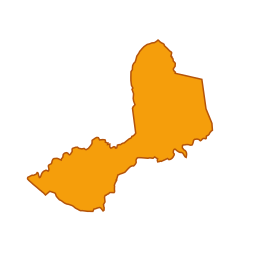 the district of La Magdalena Tlatlauquitepec, Puebla, Mexico, rotated 17°
{"feature_id": "50627088B24102510221280", "entity_name": "La Magdalena Tlatlauquitepec", "entity_type": "district", "adm_level": 2, "iso_a3": "MEX", "parent_name": "Mexico", "parent_adm1": "Puebla", "projection": "equal_earth", "projection_center": [-98.104, 18.743], "detail": "fine", "context": "isolated", "style": "filled", "palette": "amber", "viewbox_px": 256, "rotation_deg": 17, "n_neighbors": 0, "source": "geoboundaries", "source_scale": "gbopen_adm2", "svg_char_len": 4968}
<svg xmlns="http://www.w3.org/2000/svg" viewBox="0 0 256 256"><g transform="rotate(17 128 128)"><path d="M209.4,105.5L206.9,99.0L197.0,86.9L185.2,61.6L184.4,59.9L157.2,61.9L157.0,60.8L155.5,60.1L154.6,59.2L154.2,58.8L154.1,57.9L154.4,57.1L154.7,56.0L155.0,55.2L154.7,54.0L154.3,52.3L153.0,51.4L151.9,51.0L151.3,49.8L150.6,48.5L149.9,48.0L149.3,47.9L149.2,47.1L148.9,46.8L148.3,47.0L148.0,46.6L148.0,46.0L148.0,45.4L147.9,44.8L147.9,44.1L147.8,43.5L147.6,43.0L146.9,42.6L145.8,42.3L144.8,41.8L143.6,41.2L142.7,40.6L141.3,39.9L140.4,39.5L139.5,39.0L139.1,38.9L138.7,38.6L138.3,37.9L137.9,37.4L137.1,37.2L136.5,36.9L135.5,36.9L134.8,36.7L133.6,36.3L132.8,36.0L131.9,35.4L131.0,35.1L130.2,36.4L129.2,37.7L128.2,38.7L125.9,39.7L124.2,41.1L121.9,42.5L119.6,45.4L118.3,47.9L117.5,49.8L116.8,51.3L116.5,53.2L115.4,56.7L115.6,60.5L115.5,62.8L114.6,64.5L114.2,66.8L114.5,68.6L115.1,70.9L114.4,73.3L115.8,78.3L116.9,81.8L118.8,86.1L121.0,88.4L120.5,89.8L123.2,93.4L123.6,94.8L124.3,98.2L125.4,100.4L127.9,103.7L127.0,105.6L126.6,106.6L126.8,106.8L126.7,107.3L126.5,107.8L136.9,130.7L136.6,131.5L136.3,132.4L135.9,133.1L135.5,133.6L135.0,134.3L134.1,134.9L134.1,136.0L133.5,137.1L133.0,137.4L132.1,138.3L131.1,139.8L130.2,141.1L128.8,143.3L127.3,144.2L126.5,145.0L125.7,146.1L124.3,146.5L123.7,147.0L122.9,147.4L123.0,150.3L122.2,150.9L121.7,150.8L121.5,150.4L121.3,150.0L120.8,150.0L120.3,149.9L119.9,150.0L119.5,150.4L119.0,150.9L118.2,151.8L117.5,152.3L116.1,151.4L115.3,148.7L113.3,149.8L113.2,148.2L112.6,148.4L111.8,148.2L110.6,148.3L110.4,147.5L109.9,146.4L109.6,146.1L108.4,146.2L106.9,146.6L104.3,147.7L102.5,145.9L101.0,146.1L99.8,147.1L97.3,150.3L97.7,151.8L98.1,153.5L97.8,154.6L97.1,156.7L96.1,159.1L94.4,160.9L93.5,161.0L92.0,160.4L90.1,161.4L89.9,161.5L86.8,161.8L85.3,161.1L83.5,161.8L80.9,163.7L80.7,164.5L81.5,166.8L80.5,170.2L79.8,170.8L77.9,169.9L77.7,169.6L76.2,169.6L74.6,170.7L73.8,172.2L74.2,175.1L73.4,176.9L73.5,178.2L71.2,177.9L69.6,177.7L68.6,177.9L67.3,178.4L66.1,178.9L66.0,179.1L65.5,179.6L65.2,180.6L65.1,181.8L65.2,183.3L65.2,184.1L64.8,184.9L63.6,186.0L63.0,186.8L62.9,187.6L63.3,188.4L63.9,189.5L64.5,190.6L64.5,192.1L64.2,192.6L62.9,192.3L61.8,192.4L61.3,192.9L60.1,193.9L59.6,194.8L59.2,195.4L58.8,197.2L58.7,199.3L58.4,200.9L57.8,201.3L57.3,200.7L56.7,199.9L55.4,197.8L55.0,197.3L54.5,197.1L54.1,197.2L53.9,198.5L53.5,199.1L52.6,199.9L51.8,200.6L51.3,200.9L51.0,201.1L50.3,201.1L49.8,201.4L46.6,204.5L46.6,205.4L46.9,206.1L48.5,207.1L50.5,208.0L53.1,209.2L53.4,209.4L58.0,211.3L58.7,211.6L60.2,212.3L62.5,213.3L63.1,213.4L64.2,214.0L66.1,214.7L68.7,216.2L71.7,211.4L76.8,211.5L77.7,211.9L79.3,214.1L80.7,215.1L81.2,215.4L83.4,216.7L85.5,217.0L89.2,218.3L89.4,218.3L90.6,218.5L91.8,218.6L93.1,218.4L94.9,218.4L96.6,218.5L97.2,218.5L98.7,218.9L100.5,219.7L101.0,219.9L102.3,220.2L103.8,220.4L104.9,220.7L106.1,220.9L107.0,220.9L108.4,220.4L113.7,219.5L118.8,218.0L119.1,215.5L120.4,214.8L122.5,213.2L124.1,212.3L125.2,212.4L128.4,214.6L129.1,213.6L128.5,211.2L127.7,210.1L127.6,209.7L126.9,208.4L127.3,206.7L127.6,205.4L125.8,201.1L125.8,199.8L126.0,199.0L126.7,198.7L127.7,197.3L128.6,196.7L129.4,195.1L130.5,194.7L133.5,193.9L133.8,193.1L133.6,192.0L133.3,191.6L132.6,189.4L132.2,187.7L131.7,186.8L131.7,184.9L132.4,181.2L131.9,181.2L131.9,180.8L132.0,180.5L132.1,179.6L132.1,179.2L132.1,175.8L132.8,175.4L133.9,174.3L135.5,173.2L137.3,171.8L138.1,171.0L140.3,166.3L140.9,165.4L141.6,164.2L143.1,163.0L144.5,162.6L145.2,161.3L145.7,159.9L145.9,158.5L145.1,156.6L145.1,155.6L145.3,154.6L145.9,153.6L147.3,153.1L149.5,152.5L155.9,151.1L157.5,150.2L160.8,149.6L162.0,147.9L165.4,148.8L165.4,150.2L166.3,151.7L167.7,151.0L168.6,150.2L169.5,150.2L172.3,147.8L174.7,145.6L176.4,146.3L177.1,145.9L177.8,145.5L178.5,144.7L179.1,143.8L179.6,142.6L179.8,141.4L180.0,140.7L180.0,140.1L179.9,139.5L179.7,139.2L179.0,138.7L178.6,138.4L178.4,138.0L178.3,137.4L178.1,136.7L178.1,136.0L178.2,135.5L178.4,134.9L178.7,134.6L179.7,134.5L180.3,134.9L181.4,135.4L182.1,135.6L183.1,135.9L184.2,136.1L185.2,136.1L186.3,135.7L187.7,136.0L189.0,137.1L189.8,137.9L190.5,138.4L191.1,138.9L192.2,139.1L192.1,138.0L191.8,136.3L191.5,135.4L191.0,134.4L190.5,133.8L189.8,133.2L189.0,132.8L188.2,132.7L187.1,132.1L186.6,131.6L186.0,131.4L185.8,130.9L185.6,130.6L185.5,130.1L185.4,129.6L185.2,129.1L185.5,128.3L186.4,127.8L187.3,127.5L188.2,127.0L189.5,126.5L190.3,126.3L191.0,126.2L191.8,126.2L192.4,126.2L193.0,126.1L194.2,125.5L194.4,124.9L194.5,123.5L194.5,122.7L194.5,122.0L194.4,121.4L194.3,120.9L194.4,120.4L194.8,119.8L195.1,119.3L195.9,119.0L196.6,118.7L197.1,118.4L198.1,118.3L199.0,118.3L199.8,118.4L200.3,118.9L201.0,119.0L201.7,118.2L202.1,117.2L202.5,116.6L203.0,116.0L203.5,115.9L204.1,115.7L204.6,115.6L205.5,115.6L205.8,115.2L205.6,114.0L205.4,113.3L205.4,112.7L206.0,112.2L206.8,111.4L207.3,110.5L207.5,109.6L207.6,108.9L207.8,108.1L208.2,107.5L208.3,107.0L208.6,106.5L209.0,106.0L209.4,105.5Z" fill="#f59e0b" stroke="#b45309" stroke-width="1.5"/></g></svg>